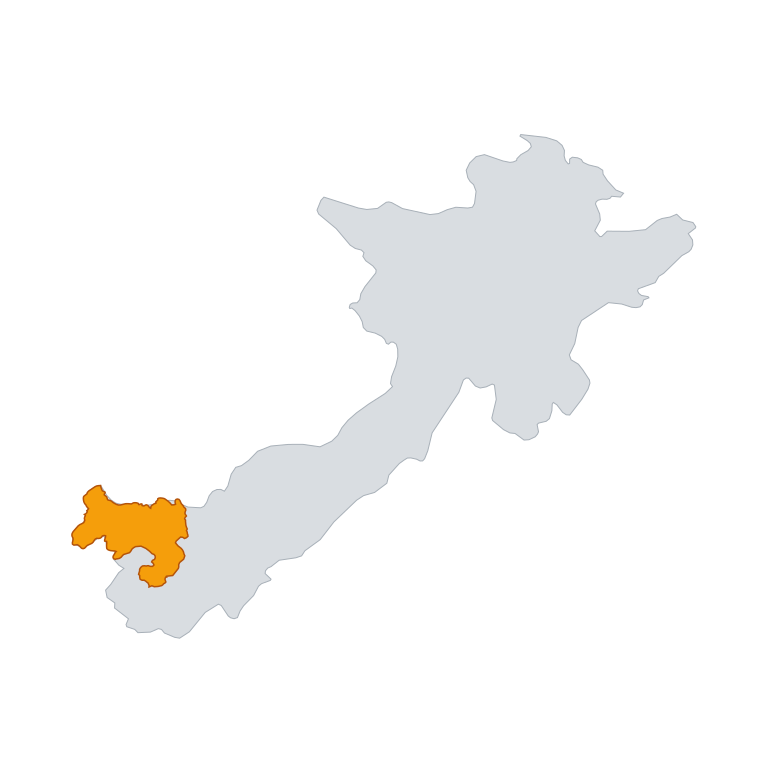 where Champasak sits in Laos, rotated 86°
{"feature_id": "LAO-3280", "entity_name": "Champasak", "entity_type": "Province", "adm_level": 1, "iso_a3": "LAO", "parent_name": "Laos", "parent_adm1": "", "projection": "natural_earth1", "projection_center": [105.911, 14.688], "detail": "fine", "context": "in_parent", "style": "filled", "palette": "amber", "viewbox_px": 768, "rotation_deg": 86, "n_neighbors": 0, "source": "natural_earth", "source_scale": "10m", "svg_char_len": 7165}
<svg xmlns="http://www.w3.org/2000/svg" viewBox="0 0 768 768"><g transform="rotate(86 384 384)"><path d="M273.3,70.7L276.7,77.9L293.0,97.2L295.8,102.4L301.8,106.4L306.7,123.6L308.8,124.6L311.5,123.4L313.6,121.0L315.3,114.4L316.5,113.7L318.3,119.2L322.8,120.8L324.9,123.2L325.4,127.3L324.7,131.6L320.8,141.3L318.5,154.4L334.4,182.5L341.1,186.4L357.0,190.9L367.9,197.1L372.9,195.7L377.8,188.7L383.6,184.8L394.3,178.8L397.5,178.5L403.4,180.9L413.1,187.8L427.9,200.9L427.4,204.4L424.7,207.8L416.8,213.0L414.2,216.4L415.8,217.6L422.4,218.4L430.1,221.4L432.5,224.8L433.8,232.6L435.2,234.1L442.4,233.2L444.6,234.3L447.2,236.8L449.7,243.3L449.7,248.2L442.5,256.7L441.6,261.8L437.9,267.9L428.0,278.2L425.4,278.8L407.2,273.1L392.8,273.9L391.6,276.1L394.0,282.3L394.7,288.4L392.4,293.0L384.1,299.1L383.8,301.7L385.5,304.5L397.5,309.9L436.1,339.4L453.7,345.0L461.4,348.7L463.4,350.8L463.3,353.4L461.3,356.7L459.6,362.4L459.5,365.9L461.3,369.3L464.4,374.3L475.2,385.5L483.2,388.1L491.5,400.9L493.9,412.1L498.0,419.4L518.1,443.6L534.8,458.5L544.8,474.5L549.7,478.2L551.2,484.0L552.5,500.9L558.3,509.4L559.5,512.8L562.1,515.3L564.8,515.8L570.8,510.3L572.0,511.1L574.6,520.0L577.0,523.3L585.9,528.8L595.4,539.5L600.4,543.4L606.8,546.5L607.7,549.9L606.5,553.4L604.5,555.6L593.6,561.8L592.1,564.6L599.4,578.3L617.6,595.4L623.3,605.6L622.1,610.5L617.1,620.4L613.3,623.1L612.3,626.2L615.2,634.3L614.9,646.8L611.4,649.8L608.2,657.5L606.0,658.1L600.4,655.3L588.7,668.4L583.6,667.8L577.7,675.1L570.2,676.1L564.9,670.6L553.7,661.8L549.8,656.3L546.3,661.1L540.4,665.6L532.1,664.0L529.9,670.6L528.3,671.8L518.2,672.9L516.3,674.0L517.9,680.0L523.9,690.1L525.7,696.0L522.0,705.6L511.6,705.3L506.9,701.4L501.0,693.3L487.7,688.0L478.8,691.6L476.1,691.5L469.4,684.6L466.9,680.2L465.4,673.7L475.6,668.4L480.7,664.3L484.1,659.9L485.5,655.4L487.2,636.5L488.7,629.8L487.8,621.6L485.1,615.2L485.1,605.5L486.6,597.7L490.4,593.7L493.1,588.1L494.7,575.5L493.5,572.2L489.7,569.1L483.3,566.2L479.3,562.5L477.6,558.0L477.8,554.1L479.8,550.7L474.9,546.9L463.3,542.7L456.8,537.7L455.5,531.9L450.7,524.2L442.3,514.8L438.0,501.2L437.6,483.4L438.6,468.9L442.2,452.2L437.4,440.1L432.0,433.7L424.6,429.0L417.6,422.3L410.9,413.5L402.9,400.6L393.5,383.4L387.2,375.7L384.0,377.5L377.2,375.9L366.9,371.0L357.9,368.3L350.2,367.9L345.2,369.0L342.9,371.7L342.7,374.2L344.6,376.8L343.6,378.8L339.5,380.2L336.3,383.0L332.6,389.3L330.0,397.5L326.2,400.7L320.3,401.4L314.5,403.8L308.7,407.8L306.0,410.8L306.3,412.9L305.1,413.3L302.3,412.2L301.0,409.5L301.1,405.2L298.2,402.3L292.3,400.8L285.5,396.2L272.6,384.4L269.6,383.9L265.4,386.9L259.8,393.6L255.2,396.2L251.6,394.8L248.8,397.2L246.8,403.2L243.2,408.0L225.7,420.8L209.9,437.3L205.9,438.7L196.4,434.1L193.4,430.9L206.7,397.2L208.7,389.0L208.4,378.2L202.9,369.1L202.7,366.5L203.6,363.7L210.3,353.3L218.2,326.3L217.8,317.9L214.5,308.7L212.7,300.0L214.3,288.1L213.8,283.4L210.2,281.1L198.2,278.7L191.4,280.7L188.1,283.9L184.1,286.0L176.5,287.1L169.5,283.1L163.6,276.2L162.2,267.8L169.8,249.8L171.7,242.9L171.5,239.6L170.3,236.1L168.5,235.7L164.7,231.4L161.1,223.9L157.6,220.5L154.3,221.2L151.3,224.0L146.2,231.1L144.7,230.2L149.3,205.3L153.5,194.7L158.4,189.7L163.6,187.7L169.0,188.4L173.6,187.5L177.3,184.9L176.9,183.5L172.6,183.1L170.9,180.3L171.9,175.0L173.8,171.5L176.8,169.9L179.7,164.6L182.6,155.5L186.0,150.9L190.0,150.8L196.9,146.9L206.6,139.2L210.4,131.7L214.0,135.1L212.6,143.8L214.5,145.6L215.3,148.7L214.8,153.5L215.6,157.6L217.0,159.6L219.1,160.5L229.4,157.0L235.7,156.8L245.9,163.1L252.0,158.4L252.1,156.7L247.1,150.7L248.8,128.9L248.3,112.3L239.9,100.0L238.3,95.1L237.4,87.0L235.1,80.2L241.2,74.6L244.5,64.5L248.8,62.0L250.1,62.4L255.2,70.0L261.8,66.2L266.8,66.2L271.0,68.2L273.3,70.7Z" fill="#d9dde1" stroke="#a8b0b8" stroke-width="1"/><path d="M487.0,600.6L485.7,600.4L484.7,599.6L484.3,598.3L484.8,596.6L486.1,595.7L489.1,594.6L491.4,592.9L491.6,592.7L491.8,592.7L493.3,591.9L494.3,590.7L496.0,590.5L497.5,591.2L499.0,591.6L500.5,591.2L501.1,590.6L501.9,590.3L502.5,590.9L503.0,591.5L503.8,592.0L504.5,592.3L505.2,592.0L505.8,591.5L506.5,591.5L507.0,591.6L511.1,591.5L513.2,591.0L514.9,590.4L516.5,591.3L517.9,590.7L519.5,590.6L520.9,590.2L522.3,590.2L523.6,591.9L524.2,593.8L522.9,595.4L522.5,597.6L526.2,602.3L527.9,603.1L531.1,600.8L533.9,597.7L535.5,596.6L537.3,595.8L539.5,595.4L541.5,594.7L544.8,596.1L547.8,600.3L549.9,601.4L552.2,601.5L553.6,602.0L560.3,608.1L560.6,614.4L561.0,614.5L561.4,614.4L561.3,614.7L561.2,614.9L562.3,615.8L563.7,616.1L566.3,615.4L567.3,616.4L567.9,617.8L568.8,618.6L569.6,619.8L570.2,623.5L570.2,627.3L569.1,629.6L570.1,632.6L568.6,632.4L566.0,633.3L565.3,634.2L564.2,635.3L563.0,636.9L562.9,639.0L561.9,640.8L560.0,641.2L558.0,641.1L556.7,642.1L553.5,640.9L551.7,640.7L550.0,639.5L548.7,637.7L548.6,635.8L549.0,633.8L548.8,632.8L548.8,631.8L549.6,629.9L549.8,627.6L548.5,626.1L546.7,626.8L545.3,628.2L543.8,627.3L543.0,625.2L541.4,624.3L539.5,624.3L538.0,625.3L537.1,627.2L534.4,629.6L531.4,633.0L528.8,637.7L528.9,643.2L529.9,645.3L531.1,646.9L532.9,648.1L534.5,649.6L535.9,655.6L537.0,656.9L538.4,658.2L539.5,660.1L539.8,662.2L539.8,663.2L540.2,664.1L539.4,666.0L539.0,666.1L538.2,666.4L537.3,666.3L536.7,666.1L532.8,663.4L532.4,662.9L531.8,664.2L531.2,668.1L530.7,669.7L529.8,671.3L528.8,672.0L527.5,672.1L525.3,672.0L523.8,671.7L522.8,671.7L522.1,671.7L521.7,671.7L521.6,672.0L521.4,673.2L521.2,673.6L520.1,673.6L517.3,672.5L516.0,672.3L515.7,673.1L515.6,673.9L515.7,674.8L516.0,675.6L517.3,676.7L518.0,677.9L518.2,679.4L517.9,681.2L518.5,682.8L519.4,683.7L521.6,685.3L522.6,686.6L524.2,691.0L525.1,692.2L526.1,693.2L526.9,694.2L527.3,695.7L526.8,697.1L525.8,698.0L524.6,698.9L523.7,700.0L522.9,701.1L523.1,704.6L522.1,705.9L520.8,706.0L517.5,705.0L516.0,705.0L514.4,705.7L512.9,705.9L511.3,705.5L511.0,705.3L509.6,704.4L504.1,698.9L503.0,697.1L502.2,695.0L501.3,693.2L499.5,692.1L498.8,692.0L497.4,692.3L496.5,692.1L495.5,691.7L494.8,691.2L494.2,691.1L493.2,692.0L492.7,690.6L491.7,689.5L490.6,688.9L489.6,689.3L489.2,688.7L488.8,688.2L488.3,687.7L487.8,687.4L486.0,688.8L485.1,689.4L484.0,689.7L482.5,690.9L480.7,691.6L478.8,691.9L477.0,691.9L475.9,691.7L475.3,691.4L474.8,690.9L473.1,688.3L472.7,687.9L471.7,687.6L471.3,687.3L470.1,686.0L466.3,679.4L465.7,677.9L465.5,676.1L465.5,673.8L466.4,673.8L469.7,672.9L470.9,672.4L471.3,671.8L472.1,670.2L472.5,669.8L473.2,669.8L474.3,670.7L475.1,670.8L475.5,670.4L476.7,669.1L477.2,668.6L478.0,668.3L479.6,668.0L480.3,667.6L480.6,667.1L481.1,665.3L481.5,664.6L481.9,664.0L483.4,662.5L485.4,659.4L486.2,657.4L486.3,655.2L485.4,650.2L485.5,647.9L486.0,644.5L485.8,643.8L485.1,642.4L485.0,640.7L485.3,639.0L485.8,637.7L486.1,637.4L487.0,637.2L487.3,636.9L487.2,636.5L486.8,635.5L486.7,634.3L486.8,633.9L487.1,633.8L488.1,633.9L488.5,633.7L488.9,632.0L487.9,629.7L488.5,628.2L491.0,626.4L491.7,625.4L490.0,625.0L489.9,625.0L489.1,624.3L487.3,621.3L487.2,621.0L487.2,620.1L487.0,619.8L486.8,619.7L485.9,619.9L485.6,619.8L484.0,617.9L482.6,617.6L482.1,616.4L482.1,614.7L482.4,613.1L482.8,611.6L483.4,610.5L486.0,607.4L487.7,605.8L489.6,604.4L489.8,604.3L489.9,602.3L489.6,600.7L489.4,600.3L488.2,600.6L487.0,600.6Z" fill="#f59e0b" stroke="#b45309" stroke-width="1.5"/></g></svg>